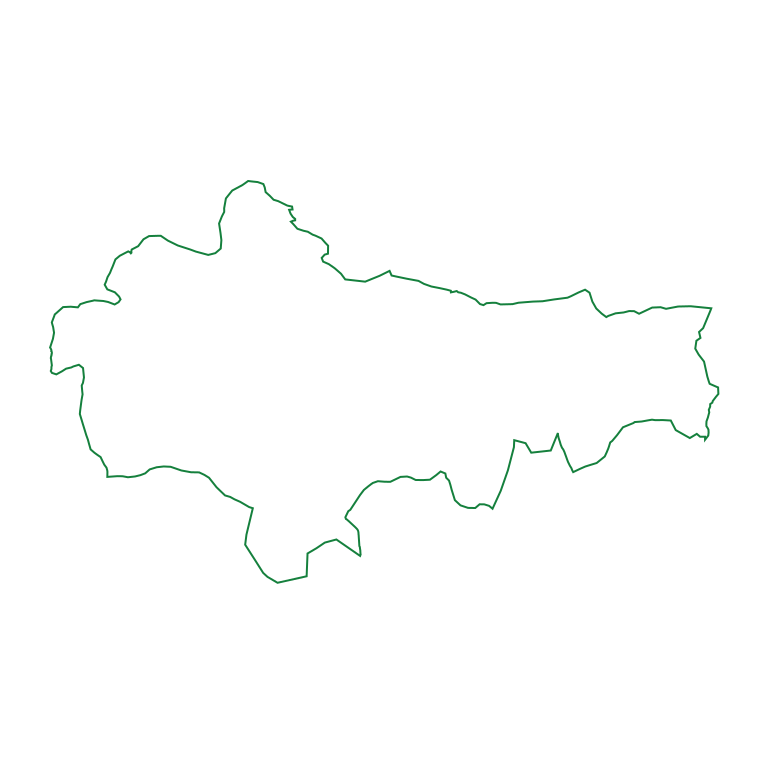 outline of Shiroro, Niger, Nigeria, rotated 271°
{"feature_id": "59680162B70265669805684", "entity_name": "Shiroro", "entity_type": "district", "adm_level": 2, "iso_a3": "NGA", "parent_name": "Nigeria", "parent_adm1": "Niger", "projection": "mercator", "projection_center": [6.713, 10.082], "detail": "fine", "context": "isolated", "style": "outline", "palette": "green", "viewbox_px": 768, "rotation_deg": 271, "n_neighbors": 0, "source": "geoboundaries", "source_scale": "gbopen_adm2", "svg_char_len": 5250}
<svg xmlns="http://www.w3.org/2000/svg" viewBox="0 0 768 768"><g transform="rotate(271 384 384)"><path d="M286.3,109.0L287.2,119.1L287.2,124.3L286.3,129.6L287.2,136.7L288.6,142.0L290.5,146.8L294.5,151.2L296.8,158.2L297.7,165.2L297.5,172.1L294.0,182.9L292.4,192.6L292.4,200.7L290.0,206.0L287.2,210.7L277.8,218.4L269.8,227.0L268.4,232.2L266.1,236.5L263.7,242.2L258.6,251.3L257.5,255.0L231.0,249.1L220.9,248.0L205.9,258.0L193.0,266.5L189.1,270.9L183.4,281.0L190.4,310.0L213.2,310.5L218.6,319.3L224.4,327.6L227.7,339.1L211.7,363.1L212.3,363.3L213.2,363.6L214.2,363.4L217.2,363.2L219.5,362.8L220.6,362.7L221.5,362.2L226.4,361.8L229.9,361.5L232.4,361.3L232.6,361.3L232.9,361.2L234.1,361.1L234.6,361.1L235.2,361.0L235.7,360.9L236.3,360.8L236.8,360.6L237.3,360.4L237.8,360.1L238.2,359.8L238.6,359.5L239.0,359.1L239.4,358.7L240.2,357.9L243.7,354.0L246.4,351.0L247.1,350.1L247.5,349.7L247.8,349.3L248.1,348.9L248.3,348.6L248.4,348.3L250.1,347.7L256.2,350.5L257.6,352.5L272.6,362.0L277.8,365.8L281.6,370.3L282.7,371.7L283.4,372.6L283.8,373.0L283.9,373.3L284.8,374.4L286.7,379.6L286.3,386.3L286.3,392.0L291.4,402.1L291.9,408.7L290.9,412.5L288.6,417.3L288.6,424.5L289.1,431.6L293.8,437.8L297.5,442.1L295.6,446.9L291.4,447.8L288.6,450.7L284.4,452.1L279.4,453.5L269.1,456.9L264.0,462.6L261.6,470.2L261.6,477.4L265.4,481.7L265.4,486.4L264.0,491.2L261.2,494.7L279.3,502.6L299.9,509.4L323.1,515.0L330.1,515.2L327.3,526.6L317.9,532.4L320.4,551.9L338.0,558.7L335.9,558.9L332.9,559.6L329.2,560.9L326.5,561.7L323.5,563.0L321.6,564.4L319.1,565.6L316.7,566.5L314.4,567.4L311.7,568.4L309.2,569.4L307.3,570.4L305.5,571.3L303.2,572.8L301.0,573.7L299.2,574.7L302.6,581.5L305.0,586.7L306.7,591.8L308.7,598.0L315.4,606.0L319.7,607.9L322.0,608.8L323.2,609.3L325.7,610.1L329.5,611.2L331.0,613.1L336.9,617.9L344.9,623.7L349.4,634.2L350.3,635.2L351.0,642.3L352.3,648.8L353.0,652.6L352.6,655.7L352.8,663.7L352.5,671.4L343.0,676.5L335.3,690.7L339.6,697.6L336.8,701.0L336.9,705.9L333.9,706.0L338.1,709.1L341.0,709.4L344.0,709.2L345.4,708.5L347.5,707.1L349.7,707.0L352.3,707.1L356.1,708.4L361.4,709.7L363.8,709.2L367.0,710.5L369.6,710.5L371.1,712.6L372.7,713.0L376.8,716.0L379.9,718.5L386.4,718.1L387.1,716.3L389.9,709.6L392.0,708.8L396.9,707.2L397.3,707.1L412.0,703.6L418.9,698.1L424.8,694.6L432.7,695.6L435.6,699.6L441.5,698.1L445.4,702.1L463.1,709.1L465.4,709.9L467.1,689.2L466.6,676.7L464.1,664.7L465.6,659.2L465.1,650.8L458.7,637.8L461.2,632.8L461.2,627.8L459.7,622.3L458.7,614.3L457.3,610.6L456.0,607.1L454.8,605.1L458.2,600.4L463.2,594.9L470.0,590.9L478.9,587.9L481.8,583.4L478.9,576.9L475.0,569.3L473.5,566.0L471.5,552.5L469.5,541.0L469.0,531.5L467.6,517.0L466.1,511.1L465.6,499.1L467.1,494.6L467.1,491.1L466.6,485.1L464.6,482.1L465.6,478.6L470.0,474.1L472.0,469.6L475.0,463.5L476.6,459.2L477.0,456.6L478.2,455.1L477.4,452.2L476.8,449.3L478.4,449.2L479.4,445.2L480.8,438.2L482.3,429.7L484.8,422.2L487.7,416.7L489.7,404.7L491.7,394.2L492.6,389.7L497.2,387.6L492.1,377.7L486.0,363.4L487.9,343.4L493.5,339.1L498.7,332.9L499.7,331.5L502.9,326.7L505.3,321.0L509.0,319.5L510.3,320.7L512.3,322.4L513.3,325.7L521.3,325.7L524.1,322.9L528.4,319.0L531.1,312.9L532.1,310.0L534.9,305.2L535.8,300.9L537.7,294.7L542.4,290.4L544.7,288.1L545.7,290.4L546.1,292.3L547.5,292.3L549.4,289.9L552.7,287.6L556.5,286.1L556.7,287.5L556.9,289.5L559.8,289.0L560.3,286.2L560.7,284.2L565.0,275.0L566.3,270.4L570.1,266.6L573.8,262.3L578.5,261.3L581.8,259.9L583.7,254.2L584.2,248.4L584.6,244.6L582.2,241.4L580.4,238.9L574.8,228.9L572.0,226.7L569.4,224.7L566.8,222.7L558.7,221.4L556.9,221.1L555.2,221.2L553.2,221.2L549.8,219.5L548.5,218.9L546.9,218.3L541.6,216.3L534.5,217.5L532.1,217.9L526.4,218.7L525.0,218.9L520.2,218.6L516.6,218.4L514.2,215.7L511.9,213.1L511.0,209.8L510.0,206.0L513.1,193.6L515.1,187.9L518.9,175.4L523.6,165.4L528.3,158.2L528.2,154.9L527.8,146.5L524.5,141.0L517.5,135.8L514.1,129.5L514.0,129.4L513.8,129.3L512.6,129.1L512.2,129.0L511.7,129.1L511.3,129.2L510.7,129.1L510.2,128.6L510.3,128.5L510.5,128.4L510.8,128.1L511.2,127.8L511.4,127.5L511.6,127.0L511.8,126.6L511.9,126.3L511.9,126.1L512.1,126.0L512.1,125.9L507.6,117.6L503.9,113.3L496.6,110.6L494.0,109.5L490.3,108.1L486.0,105.7L481.5,104.3L478.4,103.0L473.8,105.7L471.0,113.3L466.8,117.6L464.0,119.1L461.2,117.2L458.8,113.3L461.2,106.7L462.1,101.9L462.4,95.9L462.6,92.8L462.2,91.5L460.7,85.2L459.1,80.6L458.6,79.0L455.3,76.6L455.8,69.4L455.3,61.8L451.8,58.0L449.2,55.2L447.8,53.6L446.5,53.2L439.8,50.8L437.6,51.4L435.1,52.2L429.5,53.2L427.7,52.9L423.4,52.2L414.6,49.5L413.9,50.0L412.5,50.7L411.6,50.9L411.1,50.7L410.7,51.1L409.4,51.4L409.0,51.4L408.5,51.2L408.1,51.0L407.9,51.1L407.7,51.2L407.4,51.1L407.2,51.1L406.9,51.0L406.7,51.0L406.4,51.0L406.1,50.7L405.4,50.6L404.0,50.4L403.5,50.6L398.1,51.4L396.9,51.6L395.2,51.2L393.1,51.2L391.2,50.6L389.3,51.8L387.9,56.2L391.0,61.7L393.8,65.9L395.1,71.1L395.2,71.3L396.1,73.0L397.9,78.6L394.7,82.8L385.3,83.9L379.9,83.0L377.2,81.8L371.5,82.4L368.4,82.8L366.6,82.5L362.8,81.9L361.2,81.7L352.3,80.7L348.7,80.4L342.5,82.4L339.0,83.5L331.7,85.9L329.5,86.6L327.4,87.3L324.8,88.3L322.9,89.0L319.4,90.0L313.5,91.8L311.3,94.4L310.2,95.7L308.1,98.7L306.0,101.9L303.2,103.3L301.6,104.1L298.5,105.7L295.5,108.0L292.8,108.8L291.4,109.0L286.3,109.0Z" fill="none" stroke="#15803d" stroke-width="2"/></g></svg>